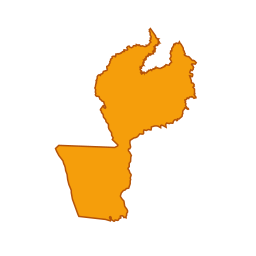 Tapauá, Amazonas, Brazil, rotated 134°
{"feature_id": "56859067B86448043312286", "entity_name": "Tapauá", "entity_type": "district", "adm_level": 2, "iso_a3": "BRA", "parent_name": "Brazil", "parent_adm1": "Amazonas", "projection": "equal_earth", "projection_center": [-66.034, -6.025], "detail": "fine", "context": "isolated", "style": "filled", "palette": "amber", "viewbox_px": 256, "rotation_deg": 134, "n_neighbors": 0, "source": "geoboundaries", "source_scale": "gbopen_adm2", "svg_char_len": 5761}
<svg xmlns="http://www.w3.org/2000/svg" viewBox="0 0 256 256"><g transform="rotate(134 128 128)"><path d="M193.9,67.0L193.2,67.9L191.7,68.4L190.5,69.6L188.8,69.9L187.8,70.9L187.2,72.5L186.6,76.0L183.4,80.2L183.2,83.1L182.6,85.7L182.1,86.3L179.4,87.7L176.2,87.9L174.5,87.0L172.7,87.1L170.8,85.7L166.6,87.7L164.6,89.6L163.1,90.4L162.5,91.6L159.7,93.0L159.3,93.6L158.9,95.7L157.8,97.6L157.5,99.4L157.0,100.0L154.9,100.3L152.6,102.6L150.3,102.9L146.7,106.0L145.5,106.4L144.3,110.0L144.2,111.6L143.6,112.5L142.6,113.0L141.7,112.3L139.8,112.9L137.6,116.2L135.5,117.9L131.2,116.9L129.4,115.7L127.6,115.1L124.1,115.5L122.4,113.4L121.6,112.9L120.9,113.1L119.5,114.6L118.2,115.1L117.1,113.1L115.1,112.4L113.5,110.1L112.6,110.5L111.0,111.9L108.1,110.3L106.7,109.0L105.8,107.6L105.1,104.7L103.4,106.2L102.6,105.9L101.9,104.4L101.0,101.1L99.3,103.4L97.5,103.6L96.2,101.4L94.9,100.9L93.7,99.3L93.1,99.1L92.0,99.9L89.9,100.2L88.9,99.6L88.7,99.3L89.0,98.2L88.5,97.8L87.9,97.8L87.0,98.7L86.2,97.6L82.1,97.2L80.4,98.5L79.6,98.5L78.6,99.8L77.2,100.6L75.0,100.7L74.2,101.2L73.7,100.9L73.5,100.1L73.0,99.7L73.3,98.9L72.9,97.8L72.4,97.6L72.1,98.2L72.6,98.8L71.9,102.2L70.3,103.2L69.9,104.7L69.1,104.8L68.6,106.3L68.1,106.6L67.1,105.8L65.2,106.3L65.1,105.2L64.6,104.8L64.1,105.2L62.6,105.1L61.8,104.0L61.3,104.1L60.9,103.6L60.8,101.2L59.0,100.1L58.4,101.2L58.4,102.3L57.9,103.7L57.4,104.0L56.9,103.7L56.3,104.8L53.8,107.2L53.5,109.6L51.9,109.5L51.9,109.9L50.8,110.6L50.6,112.4L51.4,113.8L50.0,115.3L47.6,120.0L47.2,119.5L46.8,117.6L46.2,117.5L44.8,118.3L44.3,119.2L45.3,121.2L45.1,122.3L42.5,123.3L42.3,121.8L40.5,121.9L39.5,122.8L38.9,122.8L38.3,124.3L38.2,126.3L38.0,126.5L37.4,126.5L35.3,124.0L33.6,124.3L33.5,126.8L33.9,128.0L34.4,128.2L34.7,128.9L34.4,133.4L34.8,134.5L35.5,135.1L36.3,137.9L36.2,138.3L35.4,138.2L34.8,138.6L34.5,140.0L33.7,140.8L33.6,142.1L32.1,143.9L30.9,148.0L31.0,149.1L30.3,150.9L32.2,150.4L33.3,152.2L34.6,152.8L35.3,152.2L36.0,153.2L37.4,152.2L38.1,152.3L38.6,151.8L40.2,151.9L42.1,150.1L43.0,150.8L43.9,149.9L44.9,149.6L45.6,147.8L46.9,146.5L49.1,146.0L49.8,143.3L50.5,142.3L51.6,142.6L52.2,142.3L52.7,142.7L54.1,142.0L55.2,143.2L56.0,144.7L58.1,144.3L58.2,144.9L59.5,144.7L60.1,145.3L60.7,145.2L61.4,145.8L62.3,145.8L63.7,147.2L64.2,148.6L64.7,148.8L65.1,149.4L64.8,150.1L65.8,149.8L65.8,150.3L66.5,150.0L67.5,150.6L67.7,150.4L68.0,151.1L68.6,150.8L69.7,151.2L70.1,151.9L70.3,151.6L70.4,152.2L71.5,152.5L72.0,153.2L73.1,152.8L74.0,153.5L74.5,153.0L75.6,153.0L76.5,154.1L76.6,154.8L77.1,154.5L76.9,154.9L77.4,155.3L77.0,155.4L77.4,155.9L77.9,155.5L78.3,156.3L78.9,155.5L79.7,155.7L79.5,156.7L79.1,156.8L79.0,156.3L79.0,156.9L78.6,156.5L78.2,156.9L78.5,157.5L78.0,157.5L77.9,158.2L77.6,158.2L77.7,159.0L77.4,160.0L76.6,160.1L76.2,161.2L75.8,161.0L76.0,160.8L75.8,160.4L75.5,161.1L75.3,160.4L74.8,161.0L74.6,160.6L73.8,160.7L73.6,161.1L72.8,161.1L72.4,160.6L71.9,161.2L71.8,160.8L71.6,161.5L70.7,162.4L70.5,161.9L69.9,161.9L69.5,162.8L68.7,162.9L68.4,163.5L67.6,163.1L67.8,163.8L67.2,163.5L66.7,163.9L66.0,163.0L65.7,163.7L65.1,163.5L64.8,164.2L64.0,164.6L63.7,164.3L63.8,163.9L62.9,164.0L62.5,163.4L61.9,164.2L61.1,163.5L60.3,164.4L60.1,163.0L59.6,163.5L59.3,162.8L59.0,163.2L58.3,162.2L57.6,162.0L57.0,161.3L56.1,162.6L55.5,162.2L55.6,162.7L55.1,162.7L55.2,163.1L54.7,162.8L54.5,163.4L54.3,163.4L54.2,162.8L54.6,162.7L54.3,162.4L53.9,162.9L53.8,162.5L53.6,162.9L53.2,162.7L52.8,163.7L52.2,163.2L51.8,163.3L52.0,164.0L51.6,164.6L51.9,164.9L51.7,165.2L51.2,165.0L51.2,165.4L50.7,165.0L50.4,165.5L48.9,165.6L48.8,164.7L48.4,164.4L48.3,165.0L47.5,164.5L47.3,164.9L46.5,164.7L46.2,165.0L46.0,164.4L45.7,164.6L45.8,165.1L45.3,165.5L45.4,165.0L44.8,164.4L44.8,165.3L44.3,165.6L44.6,166.3L43.4,167.3L43.7,167.6L43.4,168.0L43.5,168.5L42.9,168.3L43.4,169.0L43.5,171.0L42.6,172.2L40.9,181.0L41.2,181.0L41.6,180.6L42.4,181.0L43.2,179.9L43.7,179.8L43.8,178.4L45.7,176.7L46.1,175.0L47.2,174.0L47.9,174.4L48.4,173.2L50.1,173.1L50.3,171.2L52.6,171.4L53.5,170.7L55.2,171.7L55.8,171.5L55.9,172.2L56.5,171.6L57.5,172.2L58.1,172.9L58.8,174.6L60.3,175.7L60.5,176.3L60.3,177.4L61.1,177.6L61.0,178.2L61.7,178.7L62.2,180.1L63.5,179.3L64.4,180.7L65.1,181.2L66.3,180.8L67.8,181.3L68.6,182.8L68.3,184.1L69.3,184.7L70.9,184.8L71.7,182.8L72.2,182.6L73.2,183.3L74.5,185.2L74.9,185.1L75.5,183.8L77.0,185.0L78.9,184.9L79.3,185.5L80.0,185.3L80.8,186.2L81.3,186.0L81.7,187.0L82.3,187.2L83.1,188.1L84.3,187.2L85.0,187.3L85.1,186.6L85.4,186.5L86.6,188.5L87.7,189.0L88.8,187.9L90.6,188.3L91.6,187.3L92.7,187.3L93.5,186.3L95.6,185.8L96.3,185.3L98.5,186.0L99.7,184.7L99.8,183.9L101.2,183.2L104.4,185.0L106.4,184.1L108.5,185.0L109.3,184.4L109.8,185.8L111.1,186.1L112.5,185.8L113.9,184.4L114.5,184.4L115.6,183.5L116.0,183.9L116.7,182.9L117.3,182.7L117.5,182.0L118.6,181.8L121.6,179.7L122.2,179.7L122.9,177.9L124.9,176.4L125.4,175.2L126.7,174.6L127.1,173.7L126.9,172.4L126.3,172.0L125.6,170.7L126.8,168.0L126.5,167.1L126.7,165.5L126.0,163.7L127.4,161.4L128.5,158.5L129.0,158.1L129.7,158.1L130.0,159.2L129.7,160.4L129.0,160.6L128.9,161.1L129.2,161.4L133.6,160.8L134.2,160.4L134.4,158.9L135.2,157.9L135.5,155.3L137.2,153.2L137.6,149.8L138.7,148.2L138.9,144.7L141.2,142.4L142.0,140.9L142.9,136.5L144.6,134.7L145.4,131.8L147.2,131.3L147.2,123.5L148.1,123.0L151.2,124.0L188.6,165.7L193.1,165.9L194.4,163.0L195.8,158.6L196.8,152.0L198.4,149.3L198.9,147.8L200.0,145.7L201.9,143.3L203.7,139.6L207.0,135.6L209.7,131.3L212.2,125.6L214.0,123.8L217.8,118.5L224.9,104.0L225.7,101.9L209.4,80.7L207.0,76.1L206.1,76.5L205.4,78.9L204.6,79.4L204.1,79.2L204.0,78.1L205.2,76.8L205.4,76.1L204.9,73.4L204.3,73.0L203.1,73.4L201.8,71.4L200.9,71.0L199.0,71.5L197.8,70.7L197.3,71.1L196.9,72.3L196.2,72.1L195.0,71.0L194.9,69.7L195.3,68.8L194.6,68.3L193.9,67.0Z" fill="#f59e0b" stroke="#b45309" stroke-width="1.5"/></g></svg>